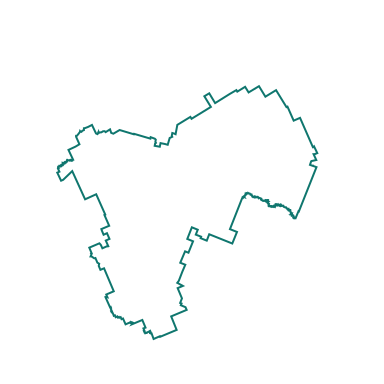 the district of Central Darling, New South Wales, Australia, rotated 59°
{"feature_id": "25037944B50105666035452", "entity_name": "Central Darling", "entity_type": "district", "adm_level": 2, "iso_a3": "AUS", "parent_name": "Australia", "parent_adm1": "New South Wales", "projection": "albers", "projection_center": [143.358, -31.772], "detail": "fine", "context": "isolated", "style": "outline", "palette": "teal", "viewbox_px": 384, "rotation_deg": 59, "n_neighbors": 0, "source": "geoboundaries", "source_scale": "gbopen_adm2", "svg_char_len": 5939}
<svg xmlns="http://www.w3.org/2000/svg" viewBox="0 0 384 384"><g transform="rotate(59 192 192)"><path d="M237.5,320.3L248.3,321.6L248.5,320.9L249.7,321.1L249.7,321.7L252.4,322.0L252.4,322.7L253.7,322.8L253.8,322.2L256.6,322.5L257.8,322.8L258.0,321.6L260.0,321.9L260.2,320.1L261.3,320.3L261.5,319.0L262.3,319.1L262.5,317.6L264.7,317.9L264.9,316.3L271.2,317.1L271.9,312.2L272.0,312.2L271.9,312.0L272.4,312.0L272.3,311.2L272.6,311.1L272.7,310.6L273.0,310.4L272.9,310.7L273.2,310.8L273.2,311.1L273.3,311.3L273.5,311.1L273.9,311.2L273.9,310.9L274.1,310.8L274.3,310.9L274.5,311.4L276.1,300.5L284.3,301.7L283.9,303.9L286.3,304.2L286.2,304.8L287.8,305.0L287.8,304.6L289.0,304.8L289.1,303.8L289.4,303.6L289.5,303.3L289.2,303.0L289.6,299.9L289.4,299.8L289.4,299.4L290.1,299.5L289.9,300.5L291.1,300.7L291.3,299.7L292.4,299.9L292.5,299.5L298.2,300.6L299.1,293.8L299.7,293.9L302.3,276.2L287.9,273.9L290.3,257.3L287.4,256.9L283.3,259.9L282.2,258.4L281.0,259.3L278.0,255.4L267.0,253.8L267.8,248.2L262.3,251.4L261.3,249.0L255.3,241.3L250.9,235.2L246.6,238.5L239.3,228.5L242.2,226.3L234.8,216.5L229.8,220.2L222.2,210.3L227.3,206.5L230.5,210.7L235.0,207.2L236.0,208.4L241.3,204.4L237.1,199.0L256.9,184.0L249.4,174.0L243.4,178.6L223.5,152.7L223.2,152.1L222.4,151.3L222.4,151.1L222.9,151.0L222.6,150.7L222.9,150.1L223.3,149.8L222.7,149.8L222.3,149.6L222.3,149.1L222.6,148.7L222.4,148.1L222.0,148.0L222.0,147.4L221.7,147.4L221.5,146.9L221.0,146.8L221.1,146.6L221.7,146.3L221.7,146.2L221.0,145.8L221.5,145.2L222.2,144.9L222.3,144.6L221.9,144.3L222.5,144.0L223.0,143.3L223.2,143.2L223.8,143.3L224.2,143.3L224.4,142.6L224.8,142.2L225.0,142.3L225.5,142.7L226.0,142.4L226.9,142.7L227.3,142.3L227.9,142.3L228.1,142.0L227.7,141.3L227.9,140.5L228.5,140.1L229.0,140.4L229.0,139.8L229.6,139.8L229.6,139.4L229.9,139.0L230.0,138.3L230.9,138.2L230.6,137.9L231.7,137.5L232.1,136.9L232.7,136.7L233.0,136.3L233.4,136.0L233.5,136.1L233.5,136.7L234.0,136.8L234.8,136.6L235.2,136.0L236.1,135.8L236.4,135.4L236.2,135.1L236.4,134.8L236.5,134.5L236.9,134.4L237.0,134.0L237.8,133.7L237.3,133.4L236.9,133.0L237.2,132.7L237.7,132.9L238.0,132.9L237.5,131.8L237.9,131.2L238.1,131.5L238.7,131.3L239.1,131.8L239.5,131.5L239.5,131.8L240.0,132.1L240.3,132.8L240.8,132.7L240.5,132.5L240.6,132.3L240.9,132.4L241.7,132.1L242.0,132.7L242.4,132.6L243.0,132.8L243.0,133.3L243.5,133.6L243.8,133.5L244.2,132.9L244.4,132.0L245.1,132.0L245.5,131.8L245.4,131.5L244.8,131.5L244.9,131.1L245.3,130.7L246.0,130.8L246.5,130.3L246.2,130.0L246.0,129.5L246.5,129.5L247.1,129.0L247.6,128.7L247.3,128.3L247.3,128.1L247.0,127.7L246.4,127.6L246.4,127.2L246.1,127.1L245.9,127.3L245.5,127.0L245.5,126.8L245.8,126.8L245.9,126.3L246.3,126.6L246.8,126.7L246.8,126.3L247.1,126.0L246.9,125.7L247.7,125.7L247.9,125.3L247.8,125.1L247.1,125.1L247.0,124.7L247.6,124.8L248.0,124.1L248.5,124.0L248.1,123.4L248.1,122.8L248.7,122.8L249.1,123.4L249.6,123.4L249.6,123.1L249.0,122.8L249.0,122.4L249.5,122.6L250.0,122.6L250.3,122.0L250.4,121.1L250.8,120.7L251.3,120.8L251.7,121.0L251.9,121.0L252.8,120.4L253.5,119.3L254.6,119.4L255.2,118.8L255.5,118.8L256.1,117.9L256.3,118.0L256.1,118.4L256.3,118.8L257.1,118.1L257.3,118.3L257.3,118.8L257.6,118.8L258.2,118.2L257.8,117.6L258.1,117.0L258.4,117.1L258.7,117.8L259.7,117.6L260.3,118.0L260.9,117.7L261.2,118.2L261.4,118.2L261.7,117.6L262.0,118.2L261.9,118.7L262.1,118.9L262.6,117.7L262.8,117.8L262.7,118.0L262.6,118.3L263.0,118.0L263.8,118.6L264.1,117.9L263.7,117.9L263.7,117.7L263.9,117.4L264.3,117.2L265.2,117.4L266.1,118.5L266.9,118.2L266.6,117.8L266.8,117.2L268.1,117.2L268.4,117.5L263.3,110.6L263.7,110.4L234.8,72.5L232.0,74.8L231.7,74.8L231.7,75.1L229.5,76.9L227.1,74.1L227.0,73.7L228.6,69.0L222.2,68.3L222.8,67.1L223.2,64.6L215.9,63.9L216.2,64.6L216.0,65.3L184.1,61.2L183.2,68.1L168.0,66.2L167.9,67.3L148.0,67.5L148.1,80.0L135.8,80.1L135.8,92.2L129.2,92.3L129.3,101.5L127.5,101.5L127.4,109.1L127.7,126.4L116.3,126.4L116.3,132.1L128.8,132.0L129.0,154.7L126.8,154.7L126.9,170.0L134.0,176.3L132.5,177.4L131.3,178.5L133.3,180.3L134.5,180.5L134.2,183.3L139.0,188.5L137.0,190.4L133.9,193.8L136.6,196.3L133.2,200.2L131.5,198.7L131.3,197.6L130.2,197.6L128.5,196.1L127.2,196.4L123.7,199.2L124.8,200.2L112.3,211.7L112.6,212.1L101.6,222.1L101.5,229.4L99.7,230.8L96.1,230.0L96.2,235.2L95.0,235.5L94.6,236.0L94.1,237.2L94.2,238.0L94.1,238.7L94.1,239.2L93.4,240.3L93.5,240.8L93.2,241.8L92.5,241.5L92.7,241.8L93.2,241.9L93.7,243.2L92.4,244.1L92.1,244.1L83.0,243.2L82.7,247.6L82.1,250.9L81.7,251.8L83.3,252.8L83.0,254.4L83.5,255.8L83.0,256.5L82.2,256.6L82.8,257.2L83.7,259.3L84.8,262.6L84.6,262.7L84.9,262.9L93.1,263.9L93.1,268.5L92.3,276.2L103.2,277.3L103.1,277.7L103.2,278.0L103.0,278.3L103.3,278.5L103.1,278.7L103.1,279.3L102.8,279.4L102.4,278.7L102.0,279.3L102.3,279.5L102.4,279.9L101.9,280.2L102.0,280.5L101.7,280.6L101.7,281.2L100.1,282.4L100.2,282.7L100.5,282.9L100.9,282.8L101.4,283.5L101.4,283.8L101.6,283.8L101.6,284.2L101.2,284.6L101.5,284.9L101.2,285.3L101.6,285.4L101.4,285.7L101.9,286.0L102.1,286.6L101.7,286.9L101.0,286.6L101.1,287.1L100.9,287.5L100.4,287.9L101.0,288.2L101.3,288.2L101.5,288.1L101.8,288.5L102.2,288.6L102.1,289.0L102.5,289.2L102.4,289.6L102.0,289.5L101.8,289.6L101.7,290.1L101.9,290.4L101.4,290.4L101.5,291.0L101.7,290.7L102.1,290.6L102.6,290.9L102.5,291.3L102.0,291.2L101.7,291.4L101.7,291.8L101.4,292.1L101.7,292.3L101.5,292.8L101.8,293.2L101.3,293.4L101.3,293.5L102.3,293.7L101.9,294.1L102.6,294.8L106.3,295.2L106.0,297.5L114.9,298.4L115.2,296.2L112.4,283.9L143.2,287.4L144.6,275.3L166.7,278.0L166.6,278.9L178.3,280.4L177.1,288.8L178.2,289.0L178.4,289.1L183.1,289.8L183.5,286.1L189.7,286.9L189.2,290.9L195.4,291.7L195.3,292.1L194.7,292.9L194.1,297.8L190.4,297.4L188.3,297.8L186.8,308.7L192.9,309.6L192.8,310.2L193.7,310.3L195.0,312.1L195.5,311.3L198.4,310.0L198.8,309.5L198.9,308.8L203.8,309.5L205.7,308.5L207.3,310.0L211.5,310.6L212.1,306.7L236.8,310.2L235.7,318.3L238.6,318.7L237.7,319.5L237.5,320.3Z" fill="none" stroke="#0f766e" stroke-width="2"/></g></svg>